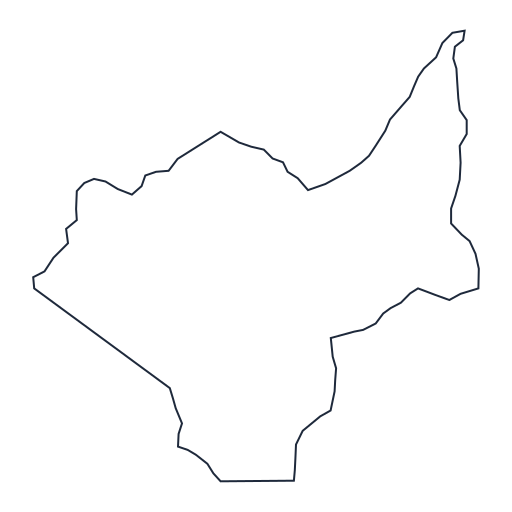 outline of Saltinho, São Paulo, Brazil
{"feature_id": "56859067B49656029802383", "entity_name": "Saltinho", "entity_type": "district", "adm_level": 2, "iso_a3": "BRA", "parent_name": "Brazil", "parent_adm1": "São Paulo", "projection": "mercator", "projection_center": [-47.719, -22.866], "detail": "fine", "context": "isolated", "style": "outline", "palette": "slate", "viewbox_px": 512, "rotation_deg": 0, "n_neighbors": 0, "source": "geoboundaries", "source_scale": "gbopen_adm2", "svg_char_len": 1301}
<svg xmlns="http://www.w3.org/2000/svg" viewBox="0 0 512 512"><path d="M34.2,288.4L169.8,388.1L173.0,398.6L175.7,408.2L182.0,423.4L178.6,433.9L178.0,446.6L187.7,449.9L195.8,454.7L207.4,463.8L213.4,473.4L220.6,481.3L293.9,480.7L294.8,470.3L295.4,458.4L296.0,444.5L302.7,430.8L320.3,416.3L330.6,410.5L334.6,391.4L335.2,380.0L336.1,368.3L332.7,356.7L330.8,338.0L354.3,331.6L363.1,329.9L375.7,323.5L383.2,313.5L390.6,308.1L400.9,302.7L410.1,293.4L418.0,288.4L426.8,291.7L435.2,294.9L449.3,300.0L460.6,293.8L478.4,288.4L478.8,268.7L475.5,253.8L469.6,241.1L461.8,234.7L451.1,223.5L451.1,208.5L455.4,195.9L459.7,179.7L460.6,162.7L459.7,145.9L466.7,134.0L466.7,120.1L459.8,110.2L458.3,98.3L457.2,81.8L456.4,68.5L453.3,58.5L454.9,46.7L463.1,40.3L464.6,30.7L452.4,32.8L442.4,43.0L436.1,57.3L423.9,68.5L418.2,76.6L414.1,86.1L409.7,96.9L401.9,105.8L390.0,119.5L385.3,130.7L375.7,145.7L369.0,155.8L361.2,162.7L349.7,170.8L325.4,184.0L308.0,190.1L297.7,178.2L287.6,171.8L283.0,162.3L272.6,158.5L263.8,149.6L251.2,146.7L239.0,142.5L220.6,131.8L177.6,158.9L168.6,170.8L156.0,171.8L145.3,175.5L141.6,186.1L131.9,194.6L117.7,189.0L105.5,181.5L94.0,178.9L84.3,183.0L76.8,191.1L76.1,209.1L76.8,220.1L66.1,228.9L68.0,243.2L53.5,257.7L44.5,271.4L33.2,277.2L34.2,288.4Z" fill="none" stroke="#1e293b" stroke-width="2"/></svg>